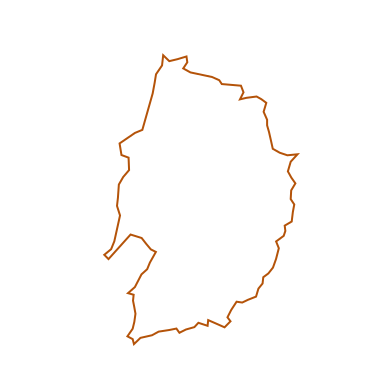 outline of Lagoa Bonita do Sul, Rio Grande do Sul, Brazil, rotated 69°
{"feature_id": "56859067B64847841628369", "entity_name": "Lagoa Bonita do Sul", "entity_type": "district", "adm_level": 2, "iso_a3": "BRA", "parent_name": "Brazil", "parent_adm1": "Rio Grande do Sul", "projection": "equal_earth", "projection_center": [-53.035, -29.505], "detail": "fine", "context": "isolated", "style": "outline", "palette": "amber", "viewbox_px": 384, "rotation_deg": 69, "n_neighbors": 0, "source": "geoboundaries", "source_scale": "gbopen_adm2", "svg_char_len": 1408}
<svg xmlns="http://www.w3.org/2000/svg" viewBox="0 0 384 384"><g transform="rotate(69 192 192)"><path d="M219.2,296.4L224.7,294.0L209.7,264.6L216.9,255.5L224.1,253.3L230.8,251.0L235.0,247.2L242.8,256.6L248.0,261.5L250.8,268.7L260.3,279.4L263.5,288.0L267.0,283.3L272.3,286.0L278.6,287.1L285.4,288.4L292.6,292.4L298.4,296.4L303.6,304.0L308.1,300.1L313.2,300.7L309.7,292.4L311.4,280.7L310.4,273.2L312.7,262.6L313.9,255.5L318.9,254.2L318.2,246.9L319.0,238.2L316.4,232.9L322.5,225.4L317.4,222.8L324.7,215.4L330.0,210.1L326.5,202.4L321.7,203.8L316.2,197.7L310.4,189.7L313.2,184.7L312.7,178.4L312.6,169.7L306.0,164.6L302.7,158.9L297.1,156.0L295.4,149.9L291.6,143.5L284.6,137.5L275.6,131.1L268.3,131.2L265.8,122.1L261.8,118.8L256.6,117.5L255.3,109.5L246.8,105.0L240.3,101.0L234.0,102.4L226.0,98.8L221.0,92.4L214.2,94.1L207.1,95.1L199.1,89.0L194.6,80.0L191.9,89.8L186.8,96.0L180.6,101.1L171.9,99.8L163.5,98.6L156.7,98.0L151.5,96.0L142.8,96.4L135.4,90.7L130.2,94.0L126.0,97.5L123.6,107.4L122.7,114.0L117.4,108.2L110.3,108.2L101.9,125.5L97.4,126.5L91.8,132.1L79.8,150.6L73.5,155.9L69.2,149.9L63.5,148.6L62.8,157.9L61.7,166.3L54.0,169.9L63.1,174.6L69.2,183.4L76.6,187.7L85.9,193.4L116.2,216.1L116.4,224.1L118.4,232.5L120.7,242.2L132.2,244.6L137.2,238.9L149.0,242.9L153.3,250.8L158.8,257.6L170.8,263.2L178.1,267.0L188.1,267.6L210.2,282.2L216.4,288.0L219.2,296.4Z" fill="none" stroke="#b45309" stroke-width="2"/></g></svg>